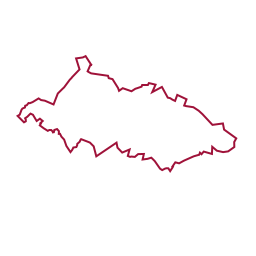 outline of Soyopa, Sonora, Mexico, rotated 137°
{"feature_id": "50627088B25999979244986", "entity_name": "Soyopa", "entity_type": "district", "adm_level": 2, "iso_a3": "MEX", "parent_name": "Mexico", "parent_adm1": "Sonora", "projection": "robinson", "projection_center": [-109.561, 28.809], "detail": "fine", "context": "isolated", "style": "outline", "palette": "rose", "viewbox_px": 256, "rotation_deg": 137, "n_neighbors": 0, "source": "geoboundaries", "source_scale": "gbopen_adm2", "svg_char_len": 2129}
<svg xmlns="http://www.w3.org/2000/svg" viewBox="0 0 256 256"><g transform="rotate(137 128 128)"><path d="M183.7,214.1L186.5,213.7L188.0,214.4L189.4,213.3L191.0,213.9L191.9,214.2L193.3,214.0L198.1,211.6L200.5,212.1L200.4,209.2L200.3,206.0L200.2,203.1L198.2,202.6L197.0,203.9L196.6,205.3L193.9,204.9L191.0,205.0L190.5,205.0L189.5,205.0L188.5,202.5L189.6,197.4L190.0,195.4L186.1,194.9L185.6,191.3L188.7,191.3L188.6,190.7L190.7,190.1L189.8,185.1L189.7,184.8L188.6,180.6L188.0,180.5L186.9,180.2L185.5,178.8L185.5,176.9L185.9,176.0L185.1,175.5L183.2,176.8L180.6,175.6L180.7,172.8L182.6,170.9L181.7,170.1L182.6,167.1L182.6,163.1L185.3,156.9L186.5,149.6L183.5,150.1L181.3,151.0L178.8,149.3L177.0,150.0L175.9,151.0L172.8,150.9L170.5,151.8L170.2,151.9L169.9,151.8L166.6,145.0L165.8,143.3L165.6,138.0L170.5,128.9L146.4,125.1L149.1,120.8L149.0,114.0L141.5,111.2L147.2,107.7L146.2,105.5L145.0,104.8L143.5,103.1L142.7,102.2L138.4,102.0L134.1,98.2L138.8,95.0L134.7,92.1L131.2,90.4L131.1,88.8L131.0,85.5L132.3,76.4L131.7,73.9L128.5,73.0L127.3,72.3L126.0,71.0L126.6,67.7L122.2,68.8L121.5,69.1L121.7,69.5L119.1,70.1L116.8,70.6L114.7,67.3L109.5,66.0L109.0,65.8L108.9,65.8L100.2,62.8L99.1,62.4L96.5,61.1L94.2,59.9L92.2,60.9L92.1,58.7L88.7,59.1L84.3,51.8L79.2,56.8L78.5,50.8L74.9,45.5L70.7,42.6L63.2,41.6L59.9,45.3L55.9,46.6L58.8,61.3L55.5,66.6L64.1,72.7L64.1,75.2L64.1,85.9L64.1,86.4L64.1,87.3L64.5,92.4L66.0,98.6L69.7,103.3L70.6,104.4L70.7,104.6L71.6,106.1L65.6,109.1L69.4,118.6L75.1,115.7L76.2,118.5L76.8,121.0L78.2,123.1L75.2,134.9L83.9,137.2L85.8,137.7L78.3,140.9L81.0,145.0L82.1,146.6L84.1,145.9L88.3,149.8L89.9,149.0L94.0,150.8L95.9,151.7L100.4,152.5L102.0,155.6L102.6,156.7L104.7,160.7L109.2,161.3L108.0,164.0L106.0,174.3L108.1,177.6L107.5,178.8L107.0,179.8L117.7,193.1L118.7,196.1L118.9,197.0L112.5,199.8L112.3,199.9L111.5,198.4L111.8,199.4L111.7,199.8L110.0,209.5L112.9,210.4L118.5,214.3L123.5,203.9L134.2,203.3L134.9,203.2L135.1,203.1L137.7,203.0L147.0,201.3L149.2,201.3L149.3,201.3L155.8,201.1L166.4,196.0L170.2,204.7L172.5,207.7L173.2,210.6L180.1,212.0L182.9,213.1L183.7,214.1Z" fill="none" stroke="#9f1239" stroke-width="2"/></g></svg>